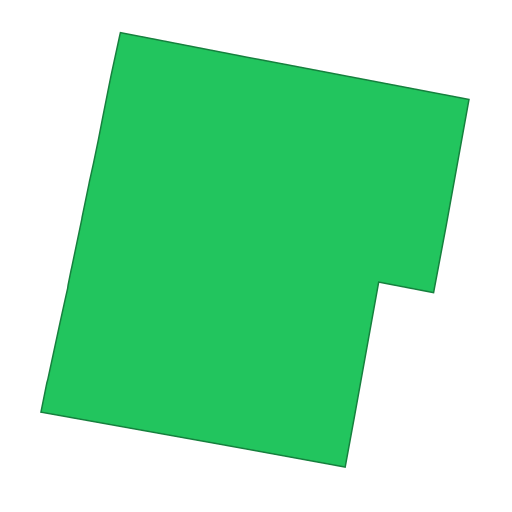 outline of Winnebago, Illinois, United States of America, rotated 281°
{"feature_id": "52423323B41764216695730", "entity_name": "Winnebago", "entity_type": "district", "adm_level": 2, "iso_a3": "USA", "parent_name": "United States of America", "parent_adm1": "Illinois", "projection": "robinson", "projection_center": [-89.16, 42.325], "detail": "fine", "context": "isolated", "style": "filled", "palette": "green", "viewbox_px": 512, "rotation_deg": 281, "n_neighbors": 0, "source": "geoboundaries", "source_scale": "gbopen_adm2", "svg_char_len": 537}
<svg xmlns="http://www.w3.org/2000/svg" viewBox="0 0 512 512"><g transform="rotate(281 256 256)"><path d="M61.7,74.7L64.6,274.8L65.8,383.8L115.5,383.3L253.8,381.4L253.9,437.3L322.1,436.9L450.3,435.2L449.6,236.3L449.4,209.5L449.4,80.3L446.9,80.2L405.5,79.3L405.4,79.3L389.4,79.2L387.7,79.2L363.2,79.1L339.4,79.1L316.0,78.8L300.9,78.4L298.0,78.3L294.0,78.3L260.6,77.9L259.1,78.0L209.0,77.3L207.3,77.2L191.6,77.1L188.4,77.3L178.4,77.0L154.7,76.4L95.2,75.2L91.7,74.9L61.7,74.7Z" fill="#22c55e" stroke="#15803d" stroke-width="1.5"/></g></svg>